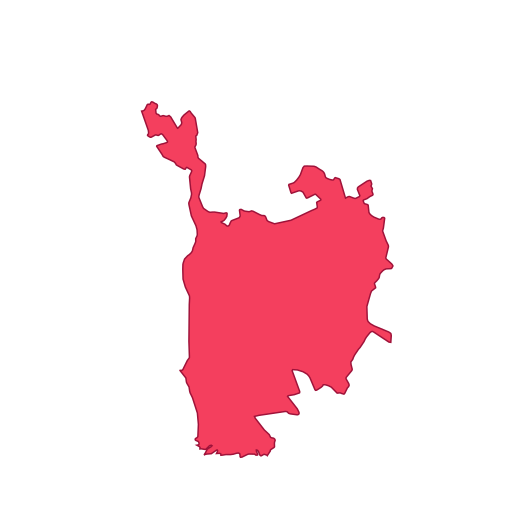 SVG path tracing the border of Kalmyk, rotated 64°
{"feature_id": "RUS-2390", "entity_name": "Kalmyk", "entity_type": "Republic", "adm_level": 1, "iso_a3": "RUS", "parent_name": "Russia", "parent_adm1": "", "projection": "robinson", "projection_center": [44.737, 46.505], "detail": "fine", "context": "isolated", "style": "filled", "palette": "rose", "viewbox_px": 512, "rotation_deg": 64, "n_neighbors": 0, "source": "natural_earth", "source_scale": "10m", "svg_char_len": 6128}
<svg xmlns="http://www.w3.org/2000/svg" viewBox="0 0 512 512"><g transform="rotate(64 256 256)"><path d="M437.6,328.7L440.3,333.3L440.0,333.3L438.0,335.3L437.7,336.1L437.9,338.6L437.8,339.2L436.6,339.8L432.9,339.5L431.3,339.8L430.5,340.7L431.4,341.2L434.5,341.4L435.4,341.6L435.5,342.3L434.8,343.5L433.5,344.1L430.8,349.3L430.6,350.7L430.6,356.8L430.1,358.2L429.2,358.2L428.1,357.7L426.6,357.3L425.5,358.0L424.8,359.7L424.2,363.2L423.3,366.0L421.3,370.0L420.3,373.3L419.7,374.9L418.4,374.4L417.4,375.2L416.2,378.1L415.0,376.5L414.0,375.8L413.2,376.0L413.2,376.8L414.1,382.8L412.5,386.9L412.1,388.3L412.1,389.4L411.7,389.4L410.9,388.0L408.6,384.9L408.1,383.7L407.8,380.2L407.3,378.7L406.4,379.2L406.1,380.9L407.8,385.9L407.3,386.9L405.4,389.6L404.8,391.0L403.6,390.2L402.4,390.5L400.1,392.1L400.5,390.6L400.2,389.8L399.9,389.5L398.4,389.1L397.8,389.2L397.3,389.3L395.4,390.9L394.6,391.2L394.1,391.0L393.7,390.7L393.5,390.1L393.4,388.5L392.8,387.4L382.1,381.6L371.4,377.5L355.4,375.2L350.2,375.2L348.5,374.9L344.4,373.6L340.2,373.9L338.8,373.8L334.9,372.5L325.6,374.5L325.5,374.4L326.3,372.6L326.0,371.5L319.8,363.5L318.6,361.1L318.0,360.3L303.3,353.7L270.3,337.2L264.7,334.1L262.7,333.3L252.9,333.1L244.8,331.7L235.8,327.6L231.4,325.3L230.2,324.3L227.4,321.5L225.8,317.3L225.5,315.3L224.6,312.6L223.5,310.9L221.0,308.9L218.0,305.3L216.7,303.9L214.0,302.6L212.0,300.1L210.9,299.3L206.6,297.5L202.5,296.7L191.6,296.5L180.6,293.8L179.0,293.2L178.4,292.7L175.2,289.1L172.5,287.0L171.0,286.3L167.0,285.3L155.7,281.1L154.7,280.3L152.0,277.0L151.0,276.3L150.3,276.4L146.0,279.3L146.1,280.1L147.0,281.5L146.7,282.1L145.9,283.0L139.8,287.3L139.0,287.7L137.6,287.7L135.6,288.2L126.9,295.2L125.8,295.8L123.6,295.9L113.9,297.2L113.5,296.9L113.4,296.5L113.9,292.0L114.4,290.2L114.9,286.7L114.8,285.7L114.5,285.4L113.5,285.3L106.4,286.6L104.8,287.3L104.5,288.2L104.9,290.7L104.5,291.5L103.3,292.8L103.1,293.3L103.3,298.1L102.9,299.0L102.2,299.5L100.8,300.4L100.0,300.6L99.5,300.2L99.2,299.3L97.9,298.4L95.8,297.7L75.6,295.3L76.1,293.6L76.0,292.6L75.1,290.9L72.3,287.4L72.2,286.9L72.3,286.3L72.9,285.7L73.1,284.9L71.8,282.9L71.7,282.1L72.5,281.2L74.6,279.9L75.8,278.8L76.7,278.5L77.8,278.7L79.5,280.0L79.9,280.6L80.2,281.9L83.7,283.2L84.8,283.0L86.3,281.5L87.5,281.3L88.5,280.7L88.8,279.9L89.0,278.3L89.3,277.6L90.8,276.0L91.5,274.7L91.6,272.6L93.6,271.7L106.5,270.6L106.8,270.5L106.8,270.0L105.2,265.8L104.7,265.1L103.4,264.2L100.6,263.7L99.5,262.6L98.7,261.3L97.7,258.9L96.3,252.9L96.4,252.3L97.3,251.8L98.7,251.7L104.7,250.2L105.5,250.2L119.6,254.3L121.6,256.4L121.7,257.3L121.9,257.6L125.2,258.8L126.6,259.7L128.7,260.5L129.8,261.2L131.2,263.2L132.0,263.4L140.1,264.2L141.8,264.9L142.4,264.9L143.1,264.8L150.9,261.3L151.9,261.3L153.7,262.1L161.3,267.1L167.5,272.9L171.4,275.9L176.1,280.3L177.4,281.3L178.4,281.7L188.1,282.4L190.2,282.3L194.9,279.7L196.5,278.3L197.6,275.5L198.4,273.9L203.6,266.4L204.1,264.0L204.5,263.4L205.3,263.4L207.5,264.8L208.9,266.8L209.9,268.9L210.1,270.1L210.0,272.4L210.7,272.5L213.8,270.0L216.2,269.0L216.8,268.2L216.8,267.4L216.5,266.4L214.7,264.4L213.6,262.8L213.6,261.8L214.2,254.6L214.1,254.1L213.4,253.0L212.7,252.5L207.6,250.8L207.3,250.5L207.2,250.1L207.4,249.4L207.7,248.8L210.2,247.0L210.9,246.2L213.1,242.9L213.3,242.1L213.5,240.2L214.5,239.0L220.5,234.5L222.1,233.1L223.3,230.9L224.2,230.3L225.2,230.2L228.9,230.5L230.6,229.6L235.2,225.2L239.2,208.9L239.5,186.2L239.7,182.6L239.6,180.2L239.5,179.9L238.8,179.4L234.5,178.0L234.2,177.3L234.2,173.4L233.8,173.0L233.2,172.9L226.8,175.3L226.5,175.5L226.3,176.1L226.4,184.2L226.2,185.1L225.8,185.4L219.2,185.8L217.4,187.0L216.4,188.3L216.1,189.2L215.2,196.6L214.4,196.8L206.7,195.6L206.1,195.0L206.7,190.8L206.7,189.4L205.6,186.2L203.9,182.8L202.4,180.5L197.2,175.1L196.4,173.3L196.5,172.9L197.6,170.5L200.8,164.5L202.3,163.0L206.0,160.8L208.1,159.4L209.3,158.8L210.7,158.4L212.4,158.4L215.1,158.9L216.1,158.9L217.5,158.0L219.4,156.3L221.1,154.2L221.4,153.5L221.5,152.9L220.4,151.1L220.3,150.4L222.8,147.7L223.6,147.2L224.2,147.0L243.2,150.2L243.1,147.1L243.5,145.9L246.6,143.0L247.7,141.8L247.9,141.2L247.9,137.0L247.3,136.2L240.6,135.7L239.4,135.0L238.8,133.9L238.6,132.7L237.4,123.4L237.7,120.9L238.4,119.9L241.6,120.3L242.4,120.7L243.5,121.9L243.9,122.0L246.5,121.8L248.4,123.4L251.4,123.7L252.2,124.0L252.5,124.7L252.5,127.6L253.1,131.1L252.8,134.7L252.9,135.1L253.2,135.4L254.3,135.6L256.1,135.7L256.8,135.3L258.3,133.6L258.9,133.1L259.5,132.9L266.4,135.4L268.3,135.2L270.4,134.4L272.7,133.0L276.7,129.5L277.2,128.8L277.5,128.0L277.5,127.5L276.8,126.1L276.9,125.0L277.5,124.1L278.1,123.8L278.5,123.8L286.8,129.3L288.8,131.1L289.3,131.3L299.4,132.4L304.4,132.4L305.8,132.9L314.6,140.2L315.7,140.3L322.6,137.5L324.6,137.2L325.1,137.4L326.5,139.4L326.6,140.0L324.6,144.7L324.5,147.1L324.9,148.8L326.2,152.1L327.1,153.1L329.2,154.6L330.0,155.6L331.3,158.5L332.1,161.0L332.5,161.5L333.0,161.7L336.0,162.1L337.0,162.4L338.1,167.5L340.0,169.6L350.0,178.5L361.3,183.6L363.2,184.0L364.3,183.9L366.9,183.0L370.7,180.4L382.5,170.0L384.4,168.9L385.1,168.8L387.0,169.4L392.7,172.7L391.6,174.3L375.5,183.8L374.8,184.5L374.6,185.1L374.6,186.0L374.8,187.1L377.1,192.0L378.3,194.0L380.3,196.5L383.8,202.5L384.8,204.9L388.1,210.6L389.5,212.5L391.4,214.5L392.8,217.2L395.0,218.1L399.7,219.1L400.5,219.5L401.1,220.4L404.6,228.1L405.3,228.7L406.2,228.9L411.0,228.6L412.2,228.7L413.2,229.1L414.1,230.2L414.5,231.5L418.3,236.4L418.7,237.5L416.9,239.5L415.9,240.3L414.8,243.2L406.9,245.8L404.4,247.7L402.5,249.7L401.8,250.7L401.2,252.0L402.0,253.1L402.6,255.2L403.1,259.7L403.1,260.6L402.8,261.4L401.9,261.6L389.2,260.9L387.2,261.1L384.7,261.8L380.7,264.4L376.5,268.8L374.2,272.9L374.9,273.8L396.9,276.1L397.7,276.5L398.1,276.9L397.4,282.4L395.8,287.8L395.8,289.0L396.0,289.2L411.5,285.9L415.0,285.9L416.1,286.1L416.9,286.9L417.0,287.7L416.8,288.6L412.9,294.4L411.7,295.6L409.6,296.3L408.6,297.7L400.5,323.2L399.5,327.7L401.6,327.8L416.0,324.8L422.3,322.4L425.3,322.4L426.2,321.7L427.5,320.0L428.6,319.5L429.2,319.4L430.2,319.7L431.4,320.9L432.5,321.6L435.6,323.0L436.0,323.7L436.5,327.5L436.9,328.3L437.6,328.7Z" fill="#f43f5e" stroke="#9f1239" stroke-width="1.5"/></g></svg>